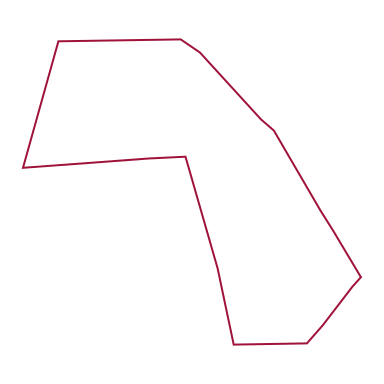 map outline of Jubbada Dhexe (Natural Earth projection)
{"feature_id": "SOM-2315", "entity_name": "Jubbada Dhexe", "entity_type": "Region", "adm_level": 1, "iso_a3": "SOM", "parent_name": "Somalia", "parent_adm1": "", "projection": "natural_earth1", "projection_center": [42.85, 1.13], "detail": "fine", "context": "isolated", "style": "outline", "palette": "rose", "viewbox_px": 384, "rotation_deg": 0, "n_neighbors": 0, "source": "natural_earth", "source_scale": "10m", "svg_char_len": 350}
<svg xmlns="http://www.w3.org/2000/svg" viewBox="0 0 384 384"><path d="M361.0,277.1L352.3,286.8L323.0,325.0L306.9,343.4L306.0,343.4L233.7,344.6L217.6,268.3L185.5,156.7L148.5,158.5L23.0,167.8L58.4,41.3L180.7,39.4L199.9,52.5L261.0,119.4L273.9,130.6L320.5,210.6L333.4,231.1L360.5,276.5L361.0,277.1Z" fill="none" stroke="#9f1239" stroke-width="2"/></svg>